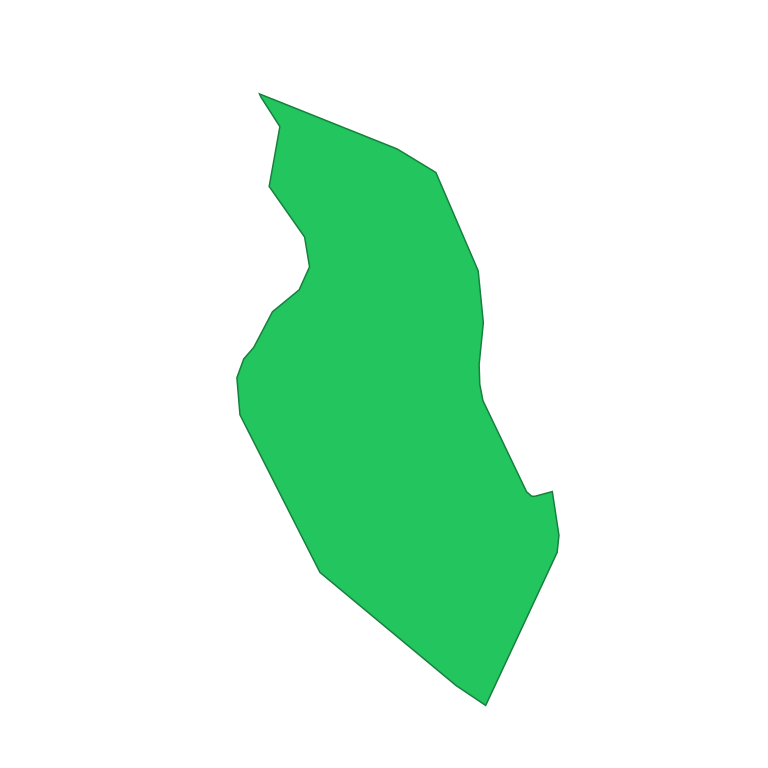 the Parish of Saint Patrick, rotated 126°
{"feature_id": "DMA-1439", "entity_name": "Saint Patrick", "entity_type": "Parish", "adm_level": 1, "iso_a3": "DMA", "parent_name": "Dominica", "parent_adm1": "", "projection": "robinson", "projection_center": [-61.309, 15.272], "detail": "fine", "context": "isolated", "style": "filled", "palette": "green", "viewbox_px": 768, "rotation_deg": 126, "n_neighbors": 0, "source": "natural_earth", "source_scale": "10m", "svg_char_len": 519}
<svg xmlns="http://www.w3.org/2000/svg" viewBox="0 0 768 768"><g transform="rotate(126 384 384)"><path d="M584.3,112.8L585.6,148.5L574.1,325.0L493.6,482.4L465.4,506.7L446.2,512.2L430.9,510.9L391.1,516.7L357.7,508.0L333.0,513.1L311.8,534.6L291.7,593.0L237.0,619.5L224.2,652.3L222.5,655.2L186.1,511.3L182.4,466.4L237.1,374.3L276.1,339.6L312.3,318.5L328.0,306.3L339.3,294.2L387.4,205.3L388.0,198.6L386.2,196.0L372.1,184.6L403.6,153.5L418.5,144.9L584.3,112.8Z" fill="#22c55e" stroke="#15803d" stroke-width="1.5"/></g></svg>